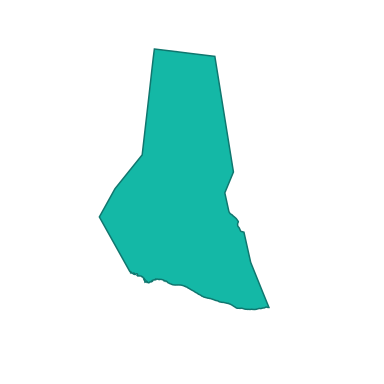 Gagaemauga I, Gaga'emauga, Samoa (orthographic projection), rotated 145°
{"feature_id": "51752279B56154317281841", "entity_name": "Gagaemauga I", "entity_type": "district", "adm_level": 2, "iso_a3": "WSM", "parent_name": "Samoa", "parent_adm1": "Gaga'emauga", "projection": "orthographic", "projection_center": [-172.292, -13.543], "detail": "fine", "context": "isolated", "style": "filled", "palette": "teal", "viewbox_px": 384, "rotation_deg": 145, "n_neighbors": 0, "source": "geoboundaries", "source_scale": "gbopen_adm2", "svg_char_len": 2845}
<svg xmlns="http://www.w3.org/2000/svg" viewBox="0 0 384 384"><g transform="rotate(145 192 192)"><path d="M161.9,307.0L171.7,295.9L211.5,251.0L253.1,238.9L282.2,224.7L288.5,163.0L288.5,162.6L288.2,162.1L288.5,161.4L287.9,161.6L287.9,160.2L287.6,159.7L287.3,159.5L286.5,159.2L286.1,158.9L285.9,158.5L286.1,157.8L286.6,157.8L286.2,157.3L285.5,156.9L285.0,157.0L284.4,156.9L283.9,156.5L283.8,156.0L284.3,154.8L284.7,154.9L284.5,154.2L283.4,153.7L283.1,153.3L282.3,152.7L281.9,152.3L281.5,151.5L281.6,151.1L281.2,150.9L281.1,150.4L281.2,149.7L281.1,149.1L280.8,148.7L281.3,148.3L280.9,147.8L280.9,147.6L281.6,147.6L281.6,147.4L281.1,147.1L281.7,146.8L281.6,146.2L282.0,145.7L281.6,145.5L282.0,145.0L281.6,144.9L281.0,145.4L280.4,145.2L280.2,144.6L280.5,144.3L280.7,143.8L280.2,143.6L280.2,143.3L279.9,142.8L279.4,142.4L279.0,142.3L278.6,142.6L277.5,142.2L277.3,141.9L276.8,142.1L276.5,141.8L276.3,142.0L275.6,141.6L275.3,141.7L275.2,142.3L273.6,141.9L273.4,141.6L272.9,141.7L272.2,141.0L271.7,141.4L271.5,141.0L271.2,141.1L270.3,140.5L269.9,140.0L269.2,139.5L269.3,139.3L268.8,138.9L268.5,139.0L267.3,138.0L266.2,136.8L266.1,136.3L265.7,135.9L265.8,135.1L265.4,135.2L264.6,134.2L264.6,133.7L264.2,133.7L263.8,132.7L263.9,132.4L263.6,131.2L263.2,130.7L262.8,129.8L262.3,129.1L262.0,128.8L261.9,128.4L260.9,127.0L259.8,126.0L258.8,125.2L257.8,124.6L256.7,123.8L256.2,123.5L255.1,122.6L254.5,122.2L253.8,121.4L252.7,120.1L252.3,119.5L252.3,119.2L251.7,118.7L251.7,118.4L251.4,118.1L251.3,117.6L250.8,117.2L250.6,116.7L250.4,115.9L250.2,115.8L250.1,115.3L249.3,113.9L249.3,113.4L248.6,112.2L248.4,111.6L247.9,110.8L247.3,109.5L247.0,108.6L246.7,107.7L246.3,107.2L245.8,106.1L245.3,104.5L244.7,103.7L244.3,102.9L243.7,101.5L243.6,100.8L243.0,100.2L242.5,99.0L241.4,97.9L241.3,97.6L240.3,96.5L239.9,95.9L239.2,95.4L238.4,94.4L238.1,94.3L237.7,93.7L235.7,91.0L235.0,89.8L234.6,89.4L234.2,88.9L233.8,88.6L233.3,87.9L232.6,86.4L230.7,84.4L229.5,83.5L226.8,80.4L226.0,79.9L225.8,79.4L225.8,79.0L225.1,78.4L224.2,76.6L223.5,74.9L223.2,74.1L223.0,73.6L222.7,73.1L222.6,72.5L222.2,71.8L222.0,71.3L221.6,70.8L220.2,69.8L219.3,69.0L219.0,69.0L218.3,68.6L217.3,67.6L216.1,66.0L215.1,65.0L214.5,64.6L213.6,63.8L213.3,63.7L212.3,62.9L212.0,62.6L211.3,62.2L210.3,61.7L209.5,60.9L207.9,59.7L206.5,59.0L205.5,58.7L204.7,58.4L204.2,58.3L203.6,58.0L202.9,57.3L202.0,56.8L200.9,56.5L199.0,55.5L197.3,55.3L196.0,53.8L195.2,53.3L190.8,72.6L184.3,100.7L172.5,129.3L173.6,130.7L174.3,131.4L174.6,132.0L174.0,135.1L173.9,135.9L174.1,137.6L173.7,138.5L173.2,139.4L172.7,140.0L171.3,140.9L171.0,141.3L171.0,142.2L171.0,144.8L171.5,147.0L172.0,148.7L172.3,150.4L172.8,151.5L173.2,152.5L173.0,154.8L165.6,172.5L146.6,184.6L95.5,290.0L114.0,306.6L123.5,315.2L140.8,330.7L146.0,325.0L152.3,317.9L157.6,311.9L161.9,307.0Z" fill="#14b8a6" stroke="#0f766e" stroke-width="1.5"/></g></svg>